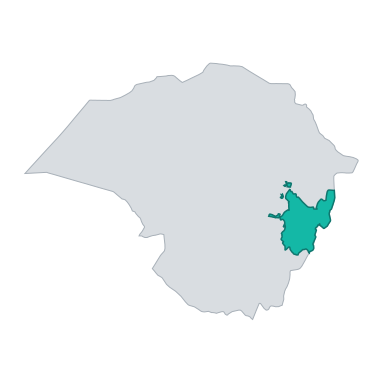 location of Benshangul-Gumaz within Ethiopia, rotated 179°
{"feature_id": "ETH-3132", "entity_name": "Benshangul-Gumaz", "entity_type": "Administrative State", "adm_level": 1, "iso_a3": "ETH", "parent_name": "Ethiopia", "parent_adm1": "", "projection": "orthographic", "projection_center": [35.827, 10.412], "detail": "fine", "context": "in_parent", "style": "filled", "palette": "teal", "viewbox_px": 384, "rotation_deg": 179, "n_neighbors": 0, "source": "natural_earth", "source_scale": "10m", "svg_char_len": 8117}
<svg xmlns="http://www.w3.org/2000/svg" viewBox="0 0 384 384"><g transform="rotate(179 192 192)"><path d="M76.0,275.1L75.7,274.7L73.7,273.1L71.8,271.1L70.7,268.8L69.6,266.9L69.1,262.7L67.7,260.1L66.4,256.9L64.4,250.9L63.5,248.8L61.9,247.4L60.2,246.1L58.4,243.4L53.9,241.0L52.1,239.1L49.0,235.9L48.3,234.3L48.1,232.7L47.1,231.2L45.4,229.5L40.2,225.8L38.7,225.4L36.8,225.0L34.0,224.6L30.3,223.7L27.1,222.3L25.6,221.2L25.3,220.5L25.6,219.4L26.8,217.4L29.0,212.6L30.6,209.4L31.6,208.4L34.5,208.2L37.6,208.3L39.8,208.6L42.9,208.7L46.7,208.4L48.2,207.3L49.4,206.1L49.9,205.3L50.0,203.2L50.0,201.4L49.8,194.9L49.7,190.9L49.6,186.3L49.6,185.4L49.6,184.2L50.6,179.3L51.4,176.5L52.0,175.1L54.4,170.4L54.9,168.9L54.9,167.6L54.1,161.3L55.6,158.3L57.6,155.4L59.3,154.2L60.7,153.4L61.4,153.7L63.0,155.1L65.1,156.4L66.1,156.1L67.6,155.0L68.7,153.7L68.6,151.5L69.6,147.0L69.4,144.4L70.4,141.2L71.6,136.6L72.1,133.8L72.8,132.2L75.9,129.0L78.5,124.6L80.3,121.3L83.5,115.9L85.1,114.0L86.5,113.1L88.5,112.6L92.1,112.1L94.8,111.7L95.2,111.0L95.4,109.9L95.4,107.5L95.9,103.4L97.1,99.4L98.4,96.3L99.1,94.9L100.0,93.6L101.0,91.3L102.2,86.5L102.1,83.1L103.9,77.1L104.3,77.1L107.3,75.9L110.2,75.8L113.0,76.5L114.8,76.7L115.7,76.3L116.5,75.3L117.2,73.7L118.3,72.8L119.9,72.6L122.0,74.4L125.4,79.3L126.3,79.5L126.8,79.4L128.5,75.5L129.8,72.5L132.2,66.8L133.6,63.5L134.9,64.5L136.2,66.1L137.7,66.9L139.2,67.3L140.0,67.4L141.0,68.0L144.4,72.1L145.6,73.0L147.2,73.1L153.9,71.7L157.9,69.3L158.5,68.4L159.6,68.4L161.0,69.4L161.5,70.4L162.4,71.7L164.0,71.9L167.8,70.9L169.7,70.3L171.3,70.8L173.3,71.1L174.6,71.1L177.6,72.4L181.3,71.9L183.0,72.0L184.8,72.5L187.7,74.6L191.5,77.1L196.9,78.8L198.0,79.5L200.6,82.4L204.8,87.9L210.2,93.1L216.0,97.2L219.1,100.1L221.3,103.6L223.4,106.8L225.5,108.2L227.5,109.3L229.5,111.7L231.0,113.7L233.0,116.1L230.9,119.3L228.1,123.7L224.9,128.7L223.9,130.0L221.0,133.1L220.5,133.9L220.0,136.1L220.0,140.1L220.5,145.2L220.9,149.9L222.6,150.4L224.5,150.7L226.6,150.1L229.1,149.5L232.2,149.1L235.6,148.1L237.7,147.3L239.8,147.3L241.7,148.1L242.7,148.8L244.0,149.0L245.7,149.0L245.4,149.8L244.5,151.2L243.3,152.5L242.3,153.8L240.1,157.6L240.1,158.1L240.4,158.8L241.7,160.5L243.0,163.3L243.8,165.8L244.4,167.0L246.0,168.4L248.3,171.2L249.5,173.2L252.0,174.1L252.9,176.6L254.9,180.2L256.9,183.1L258.9,185.3L261.1,186.1L262.0,186.2L266.7,190.3L270.2,193.4L271.1,193.9L277.4,195.8L284.7,198.0L290.5,199.8L297.9,202.1L305.2,204.3L312.0,206.4L321.7,209.4L329.4,211.8L335.5,213.6L336.8,214.2L358.7,213.4L353.5,219.0L347.5,225.3L341.3,231.9L337.2,236.2L330.8,242.9L325.4,248.5L319.8,254.6L314.8,260.2L308.3,267.8L304.0,272.7L297.3,280.4L293.1,285.3L292.5,285.6L286.4,285.4L280.4,285.2L272.8,285.0L271.9,285.0L269.7,285.5L268.4,286.0L262.9,287.4L261.9,287.7L257.3,289.9L252.7,292.4L250.3,294.2L248.4,296.9L247.6,298.8L246.8,299.7L245.3,300.5L235.5,302.5L232.7,302.7L228.1,304.3L225.7,306.7L225.0,307.9L221.7,308.0L216.0,308.4L213.5,308.9L212.3,308.9L210.1,309.0L208.3,308.6L207.1,307.9L205.6,306.5L202.3,303.6L199.8,301.7L194.5,304.0L189.8,306.2L183.0,309.3L179.1,311.5L178.0,313.7L175.0,317.7L172.3,320.2L171.3,320.5L165.3,320.0L163.1,319.6L159.5,319.2L154.6,318.3L151.4,317.4L147.8,317.4L142.7,317.1L139.6,316.4L136.4,314.3L132.3,311.6L128.0,308.9L123.7,306.2L118.5,303.0L112.9,299.4L111.6,299.1L111.1,299.0L105.0,298.9L98.6,298.7L94.3,298.6L93.0,298.2L92.0,297.4L90.7,294.8L89.0,292.9L87.2,290.6L87.0,287.4L87.5,283.9L88.0,282.7L87.7,281.6L87.8,280.0L86.7,278.5L80.5,276.8L79.5,276.9L78.5,277.6L77.3,278.0L76.4,277.6L75.9,276.9L75.9,275.9L76.0,275.1Z" fill="#d9dde1" stroke="#a8b0b8" stroke-width="1"/><path d="M66.4,156.8L66.6,156.8L66.9,156.4L67.0,156.0L67.1,155.7L67.5,155.1L68.8,154.2L69.1,153.6L69.3,152.9L69.2,152.5L68.5,152.0L68.3,151.7L69.8,147.2L69.9,146.5L69.6,146.0L69.2,145.6L69.0,144.9L69.1,144.5L71.9,138.3L72.0,137.8L71.9,137.4L71.5,136.5L71.3,136.0L71.3,135.1L71.2,134.2L71.2,133.8L71.3,133.2L71.6,132.7L71.9,132.2L72.2,131.7L73.1,131.2L73.6,131.0L75.1,130.4L75.7,129.7L75.8,129.4L75.8,129.0L76.4,129.5L77.2,131.6L77.8,132.2L78.4,132.7L78.9,133.0L79.4,133.0L80.6,132.6L81.3,132.5L81.9,132.5L82.3,132.5L82.8,132.1L83.3,131.5L86.1,129.3L86.5,128.8L87.1,127.3L87.2,127.2L88.2,127.3L88.8,127.3L89.0,127.3L89.1,127.5L89.3,127.8L89.9,127.9L90.5,127.9L90.9,128.0L91.0,128.1L91.5,128.4L91.7,128.6L92.0,129.2L92.3,129.5L93.2,130.3L93.3,130.5L94.1,131.7L94.6,132.4L94.9,132.9L95.0,134.1L95.3,135.1L95.8,135.3L96.2,135.2L96.6,135.0L97.6,134.0L98.5,133.2L99.3,132.6L99.8,132.4L100.0,132.7L99.9,134.2L100.0,136.2L100.2,136.6L101.0,137.4L102.3,139.3L102.3,139.5L102.1,139.9L101.6,140.3L101.4,140.8L102.0,141.3L102.3,141.5L103.7,142.9L103.6,143.8L103.3,144.4L102.9,145.0L102.7,145.5L102.7,145.9L102.8,146.4L102.9,146.8L102.7,147.2L102.6,147.5L103.3,148.9L102.7,149.9L102.1,150.6L101.0,151.5L100.6,151.8L100.3,152.3L100.0,152.8L99.9,153.1L99.9,153.4L99.4,154.7L99.3,155.4L99.3,156.0L99.4,156.4L99.6,155.9L99.9,155.6L100.4,155.5L100.9,155.5L101.2,155.9L99.7,159.2L99.9,160.4L100.2,161.4L100.7,162.1L101.2,162.7L101.7,163.0L102.2,163.1L103.3,162.6L103.6,162.5L103.8,162.6L104.1,162.9L104.1,163.3L104.0,163.7L104.0,164.1L104.3,164.6L104.8,164.7L105.8,164.7L108.3,164.9L108.5,164.9L109.1,164.8L109.3,164.8L109.5,165.0L109.9,165.3L110.1,165.3L111.2,165.4L111.6,165.5L112.5,165.8L115.7,166.4L115.4,167.2L115.3,167.7L115.1,168.1L114.8,168.4L114.6,168.5L114.2,168.5L111.8,167.8L111.4,167.4L110.2,166.9L109.2,166.3L108.8,166.3L106.8,167.3L106.5,167.5L106.1,168.6L105.6,168.7L105.2,168.6L104.8,168.4L104.4,168.3L104.3,168.1L104.4,167.9L105.1,165.7L103.6,165.7L103.2,165.9L102.8,166.2L101.9,167.1L101.6,167.5L100.4,169.5L99.7,170.3L97.7,171.7L96.8,172.2L96.4,172.4L96.0,172.4L95.6,172.1L95.3,172.2L95.5,176.1L95.4,178.3L95.5,178.7L95.7,179.3L95.7,179.7L95.6,180.1L95.1,180.4L95.1,180.6L95.8,181.2L97.3,182.9L97.7,183.2L98.3,183.8L98.5,185.1L98.2,186.7L97.6,188.5L94.3,192.8L93.8,192.6L93.5,191.2L93.2,190.8L92.4,190.8L92.2,190.8L92.0,190.5L91.2,189.1L91.0,188.7L90.8,188.4L90.6,188.3L90.2,188.3L89.3,188.3L88.6,188.3L88.4,188.3L88.1,188.1L87.9,187.8L87.9,186.6L87.8,186.3L87.4,185.3L87.1,184.9L86.8,184.9L85.8,185.0L84.7,183.9L81.7,180.2L77.2,175.7L76.4,175.1L75.9,174.8L75.5,174.8L75.1,174.7L74.0,174.6L73.3,174.6L71.5,174.8L71.0,174.8L70.7,174.4L70.7,173.9L70.7,173.3L70.6,173.0L70.2,172.9L67.4,172.7L67.3,172.9L67.5,173.4L67.8,173.8L68.0,174.1L66.7,178.2L65.8,179.8L63.3,182.5L62.6,182.6L62.0,182.3L61.0,181.4L60.5,181.0L60.1,180.9L59.3,181.1L58.8,181.1L58.2,181.4L57.7,185.6L56.9,189.5L56.7,190.0L56.5,190.5L56.2,190.8L55.9,191.3L55.5,191.5L54.9,191.6L50.7,191.2L49.7,191.2L49.4,185.6L49.3,183.8L50.1,180.5L52.8,172.6L54.2,171.4L54.7,170.7L54.7,170.4L54.6,169.9L54.6,169.6L54.9,169.3L55.0,169.1L55.2,168.2L55.2,167.2L54.1,162.2L54.0,161.2L54.2,160.4L56.1,157.7L57.0,156.1L57.3,155.6L57.7,155.3L60.4,153.4L60.8,153.3L61.1,153.4L63.7,155.8L64.4,156.2L64.7,156.5L64.8,156.8L64.7,157.5L64.8,157.8L65.0,157.9L65.2,157.7L65.5,157.0L65.7,156.8L66.1,156.7L66.4,156.8ZM93.9,195.1L94.8,195.4L95.2,195.5L95.5,195.3L95.8,195.4L96.1,195.5L96.4,195.6L96.5,195.6L96.4,195.9L96.3,196.0L96.5,196.4L96.7,196.7L97.0,196.8L97.3,196.8L97.6,196.7L97.4,197.1L97.3,197.8L97.3,198.5L97.3,199.0L97.7,199.1L97.9,199.4L97.9,199.7L97.5,199.9L97.8,200.3L97.9,200.5L98.0,200.7L97.5,200.7L97.3,200.6L97.2,200.5L97.0,200.3L97.0,200.1L97.1,199.9L97.0,199.7L96.8,199.5L96.3,199.0L96.1,198.7L95.5,199.3L95.2,199.5L94.7,199.5L94.6,199.4L94.5,199.2L94.4,199.2L94.0,199.2L93.9,199.2L93.5,199.2L93.4,199.3L93.1,199.3L92.9,199.2L92.7,199.0L92.6,198.8L92.7,198.7L92.8,198.3L92.7,197.8L92.7,197.5L92.8,197.2L93.2,196.8L93.3,196.5L93.4,196.2L93.4,195.8L93.4,195.4L93.6,195.2L93.9,195.1ZM102.3,184.1L102.7,184.2L103.4,184.8L103.6,184.9L103.6,185.2L103.4,185.4L102.5,185.8L102.3,186.2L102.3,186.7L102.8,187.8L102.1,187.6L101.8,187.8L101.7,188.2L101.6,188.3L101.4,187.8L100.8,186.0L101.1,185.2L101.2,184.8L101.5,184.5L101.9,184.2L102.3,184.1ZM98.9,196.0L99.2,196.2L99.6,196.6L100.0,196.8L99.8,197.0L99.6,197.2L99.3,197.3L99.1,197.4L98.7,197.5L98.5,197.4L98.3,197.2L98.0,197.1L97.8,196.9L97.8,196.7L98.0,196.5L98.9,196.0Z" fill="#14b8a6" stroke="#0f766e" stroke-width="1.5"/></g></svg>